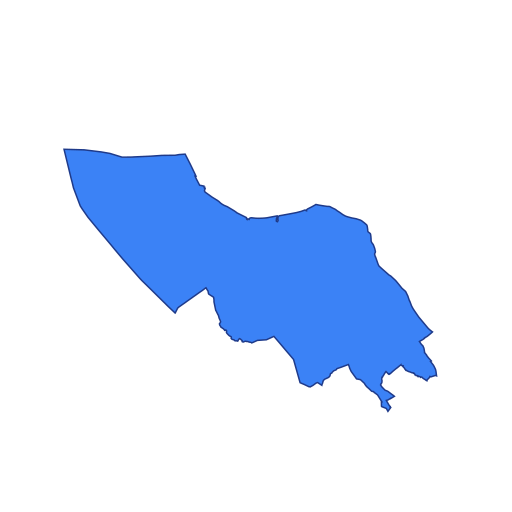 the district of Leusden, Utrecht, Netherlands, rotated 41°
{"feature_id": "6326949B9331427196027", "entity_name": "Leusden", "entity_type": "district", "adm_level": 2, "iso_a3": "NLD", "parent_name": "Netherlands", "parent_adm1": "Utrecht", "projection": "equal_earth", "projection_center": [5.449, 52.125], "detail": "fine", "context": "isolated", "style": "filled", "palette": "blue", "viewbox_px": 512, "rotation_deg": 41, "n_neighbors": 0, "source": "geoboundaries", "source_scale": "gbopen_adm2", "svg_char_len": 5955}
<svg xmlns="http://www.w3.org/2000/svg" viewBox="0 0 512 512"><g transform="rotate(41 256 256)"><path d="M401.7,189.2L401.6,189.3L400.6,188.8L397.7,187.1L397.1,186.7L392.4,184.7L391.7,184.6L387.4,184.6L379.4,183.2L377.4,182.9L370.8,182.7L369.2,183.0L368.6,183.1L359.2,183.0L355.6,182.9L354.6,182.6L353.0,181.8L346.9,178.3L346.7,178.4L345.3,177.5L344.2,176.7L343.9,176.0L343.7,175.1L343.3,174.4L340.6,172.4L339.5,171.8L337.3,170.6L336.3,170.3L334.4,169.9L333.3,169.3L332.6,168.7L331.7,167.7L329.9,165.9L328.3,164.5L327.8,164.2L327.3,164.1L325.4,164.2L324.7,164.2L324.2,164.0L323.5,163.4L323.0,162.8L321.4,161.4L320.3,160.5L319.4,160.0L318.9,159.9L316.1,159.9L312.7,160.1L311.3,160.4L307.1,162.2L303.4,164.4L299.7,166.2L298.3,166.8L297.2,167.2L294.4,167.8L290.2,168.2L287.7,168.6L285.5,168.7L284.3,169.0L283.6,169.2L281.8,169.7L279.5,170.2L278.7,170.6L277.1,171.9L274.3,173.7L270.3,176.2L267.4,177.8L267.0,179.1L265.8,182.4L264.0,186.8L263.9,188.1L264.5,188.7L264.2,188.9L263.7,188.6L262.7,189.3L260.8,192.7L257.9,196.9L253.0,203.1L251.4,205.1L249.1,208.0L247.2,210.3L247.0,211.1L247.0,211.9L248.2,213.7L249.4,214.7L249.6,215.0L249.3,215.9L249.5,216.1L248.8,216.4L248.7,216.2L248.1,216.0L247.2,214.7L247.5,214.6L245.6,211.9L239.1,220.1L237.8,221.5L236.1,223.2L233.4,225.7L231.1,227.6L227.4,230.2L226.9,230.8L226.5,231.4L226.5,232.4L226.8,232.7L226.8,233.0L225.9,233.1L225.6,233.3L225.5,233.5L225.5,234.3L224.9,234.3L224.7,233.9L224.4,233.7L224.1,233.7L223.7,233.7L223.5,233.3L213.0,236.0L212.9,235.9L209.9,236.2L202.0,237.6L198.7,238.7L196.6,239.1L194.6,239.3L192.1,239.2L191.0,239.3L184.0,240.4L176.3,241.1L175.4,241.1L174.6,240.8L174.3,240.6L173.3,238.4L172.6,238.6L172.2,237.7L171.3,238.0L170.8,237.4L169.8,238.0L167.9,239.0L167.1,239.6L160.7,237.1L157.6,235.7L158.3,235.1L155.6,233.9L146.8,230.1L135.7,225.6L131.4,229.9L129.0,232.9L119.0,241.8L111.2,249.6L101.4,258.9L96.4,263.7L90.0,269.3L78.5,274.4L70.9,279.0L56.7,288.6L41.1,301.4L65.5,318.7L68.9,321.0L73.5,324.3L90.5,333.5L93.9,334.5L103.8,337.0L119.4,339.6L139.6,342.8L144.8,343.7L157.6,345.7L183.0,349.1L185.8,349.4L199.3,350.2L222.8,351.7L232.4,352.1L232.4,351.8L232.2,351.2L231.1,346.8L231.1,346.4L231.2,345.4L237.0,321.5L238.1,317.2L238.9,313.4L239.1,312.8L241.4,313.6L242.5,313.8L243.5,314.5L244.6,315.4L245.2,315.7L245.9,315.7L250.6,315.0L251.1,315.0L253.0,316.6L254.4,318.2L261.2,323.4L261.5,323.5L262.4,323.8L265.9,325.3L266.2,325.3L266.6,325.5L268.8,327.0L270.0,327.6L271.2,328.1L272.3,328.7L272.6,329.2L272.8,329.9L272.8,331.0L273.3,331.5L274.1,332.0L275.3,332.3L276.1,332.7L279.3,332.3L280.6,332.5L281.2,332.7L281.4,332.6L281.5,332.4L281.5,332.0L281.7,331.7L282.2,331.6L282.5,331.6L283.2,332.0L283.7,333.0L284.3,333.3L285.3,333.5L287.6,333.7L288.8,333.6L290.1,333.2L290.6,333.4L291.3,334.5L292.0,334.6L292.4,334.6L293.0,334.4L294.2,333.8L294.6,333.7L295.2,333.9L295.6,333.8L296.3,333.4L297.3,332.5L298.0,332.3L298.1,332.1L297.7,330.8L297.7,330.3L297.7,329.4L297.8,329.1L299.0,328.9L300.6,329.0L301.0,328.9L301.4,329.4L301.7,329.7L302.1,329.6L302.8,329.3L302.9,329.1L303.4,328.2L303.7,327.5L304.6,326.8L305.2,326.6L305.9,325.9L307.2,325.5L308.8,324.5L309.3,324.4L309.8,324.4L310.3,323.4L312.4,318.8L318.8,312.4L320.0,309.8L322.1,305.2L322.3,304.9L331.1,306.2L339.4,307.5L352.0,309.4L352.3,309.5L372.4,322.7L374.3,322.1L376.4,321.4L381.8,319.9L382.5,319.3L382.9,319.1L383.0,318.9L383.0,318.6L383.8,316.5L384.7,312.6L385.0,311.9L385.5,311.1L390.5,310.4L390.2,309.9L389.5,307.8L389.0,307.2L388.9,306.6L388.6,306.1L388.5,305.5L388.7,304.0L388.8,303.6L390.2,300.6L390.5,299.4L390.5,298.3L390.4,297.9L390.1,297.3L389.4,295.9L390.0,294.6L389.8,293.9L389.8,293.5L390.0,291.6L390.9,289.8L391.1,289.4L391.2,288.9L391.0,288.4L391.0,287.9L391.2,287.5L393.1,284.3L396.9,277.3L398.7,278.2L400.4,279.3L403.6,280.7L410.5,282.3L412.5,282.8L415.6,281.0L415.9,280.8L421.6,281.0L422.4,281.4L424.1,281.8L425.5,282.0L428.3,282.0L431.9,282.2L432.8,281.8L433.7,281.2L434.8,281.5L435.9,281.3L438.9,281.1L446.7,283.5L446.4,283.9L449.1,286.9L449.5,287.2L450.0,287.1L454.2,285.6L454.8,285.7L457.5,286.7L457.1,282.0L456.3,282.1L456.1,281.5L455.1,281.5L453.6,281.1L449.1,279.5L450.1,278.0L450.9,275.3L451.1,275.4L452.5,271.1L451.4,271.1L448.0,271.4L444.7,271.6L443.7,271.8L442.0,272.4L441.2,272.6L436.8,272.2L434.6,271.6L434.4,270.7L434.2,270.5L434.1,270.1L434.2,269.9L434.2,269.7L434.1,269.1L433.0,267.5L432.4,267.1L431.8,266.6L430.7,265.1L430.6,264.6L430.9,264.4L430.6,263.2L430.4,261.6L430.2,261.0L430.1,259.7L429.9,259.1L430.0,258.2L429.9,258.1L429.9,257.9L430.0,257.9L431.1,258.0L433.6,258.2L433.7,257.5L434.3,257.6L434.6,256.2L434.9,253.4L435.5,249.6L435.8,248.2L436.0,247.4L436.1,246.6L436.7,243.0L436.9,243.2L437.0,243.2L437.6,243.2L438.8,242.5L439.2,242.3L439.4,242.6L439.2,243.0L439.4,243.1L440.6,243.1L442.0,243.4L442.7,243.7L443.2,243.7L444.2,244.0L444.4,243.9L444.4,243.7L444.5,243.6L445.6,243.5L446.2,243.3L447.0,243.1L448.7,242.3L449.9,242.0L450.9,241.3L451.2,241.3L451.7,241.3L451.7,241.2L451.8,240.8L452.2,240.8L452.8,240.8L454.1,241.4L454.4,241.1L454.5,241.1L455.4,241.2L456.1,240.5L456.7,240.2L456.9,240.2L457.1,240.7L457.3,240.8L457.5,240.7L457.4,240.4L457.4,240.2L459.2,239.4L459.4,239.4L459.8,239.6L460.0,239.1L460.4,238.7L460.6,238.6L462.4,238.7L464.4,238.4L465.1,238.2L465.8,238.3L466.4,238.2L466.9,238.0L466.7,237.7L466.4,237.1L466.6,235.2L466.6,233.8L466.5,233.1L466.4,233.1L466.3,232.8L467.3,232.5L469.8,228.4L470.9,228.0L467.5,225.0L465.9,223.8L462.9,222.5L461.5,222.0L456.9,221.1L457.2,220.2L453.0,219.7L451.1,219.3L450.4,219.2L450.0,219.1L449.9,218.9L446.9,218.3L446.6,218.4L445.8,217.5L443.7,215.8L443.0,215.3L442.5,215.1L441.1,214.4L440.8,214.3L438.9,214.2L438.0,214.0L435.4,213.3L436.7,209.6L436.9,208.8L437.1,207.9L436.9,207.9L436.9,207.7L437.0,207.0L437.3,206.0L437.7,205.2L438.0,204.0L438.6,200.6L439.0,197.8L439.0,197.5L438.2,197.6L435.1,197.7L433.2,197.6L418.9,195.3L411.5,193.4L409.0,192.7L406.1,191.6L401.7,189.2Z" fill="#3b82f6" stroke="#1e3a8a" stroke-width="1.5"/></g></svg>